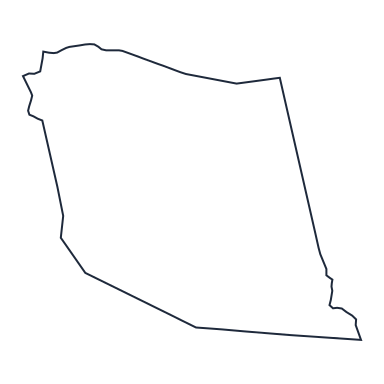 Malhada de Pedras, Bahia, Brazil
{"feature_id": "56859067B79149246141115", "entity_name": "Malhada de Pedras", "entity_type": "district", "adm_level": 2, "iso_a3": "BRA", "parent_name": "Brazil", "parent_adm1": "Bahia", "projection": "albers", "projection_center": [-41.852, -14.352], "detail": "fine", "context": "isolated", "style": "outline", "palette": "slate", "viewbox_px": 384, "rotation_deg": 0, "n_neighbors": 0, "source": "geoboundaries", "source_scale": "gbopen_adm2", "svg_char_len": 1062}
<svg xmlns="http://www.w3.org/2000/svg" viewBox="0 0 384 384"><path d="M43.3,51.6L42.6,58.4L40.2,71.4L34.3,73.8L29.0,73.5L23.0,76.1L31.0,92.4L32.2,95.6L31.0,100.5L29.2,106.2L28.1,110.7L29.4,114.7L33.4,116.3L37.7,118.7L42.3,120.5L57.4,186.9L63.2,215.9L60.8,237.8L64.6,243.2L85.3,272.9L171.0,315.1L182.0,320.6L196.0,327.5L211.3,328.6L222.0,329.4L244.7,331.4L290.5,335.1L361.0,339.9L357.6,330.4L355.7,325.1L356.1,319.4L352.2,315.6L346.5,312.1L341.8,308.5L337.1,307.8L333.0,308.3L329.5,305.1L330.8,300.0L331.6,295.1L332.3,290.8L331.5,286.6L331.8,283.2L332.4,279.6L329.7,277.8L326.4,275.3L326.4,269.0L320.3,254.2L318.6,247.9L317.5,243.0L315.4,233.6L311.9,218.3L287.3,110.7L279.8,77.8L273.6,78.6L267.2,79.5L257.6,80.8L236.6,83.6L197.0,76.1L185.9,74.0L180.4,72.2L175.8,70.5L162.8,65.6L158.1,64.0L142.8,58.4L139.2,57.0L129.6,53.5L122.4,50.9L118.8,50.3L110.6,50.3L106.0,50.3L101.5,49.3L98.3,46.7L94.3,44.4L89.9,44.1L85.0,44.5L79.8,45.4L74.3,46.2L69.4,46.9L66.2,47.9L61.7,50.1L57.1,52.6L53.7,53.1L49.0,52.7L43.3,51.6Z" fill="none" stroke="#1e293b" stroke-width="2"/></svg>